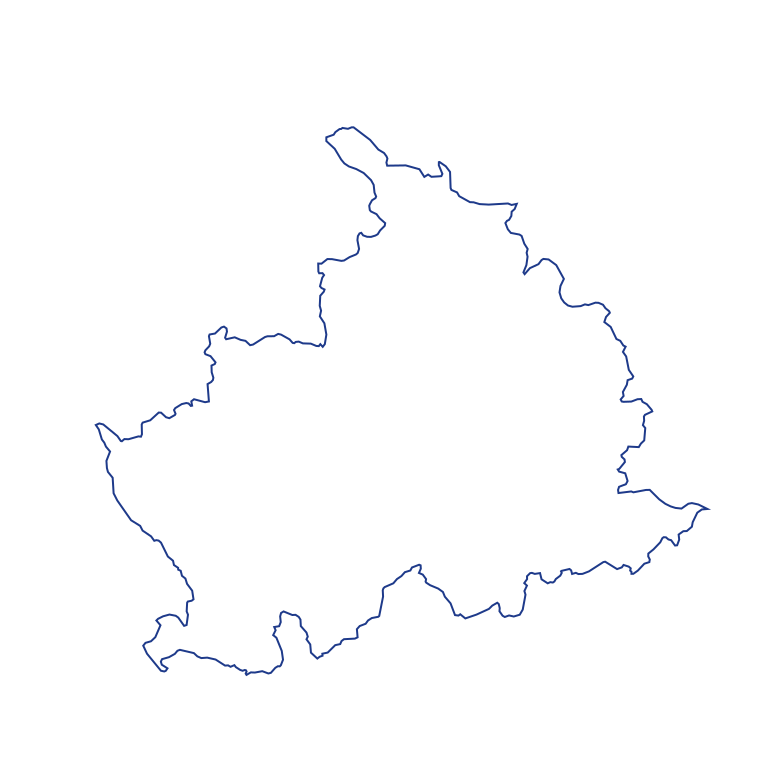 SVG path tracing the border of Shan, rotated 258°
{"feature_id": "MMR-3277", "entity_name": "Shan", "entity_type": "State", "adm_level": 1, "iso_a3": "MMR", "parent_name": "Myanmar", "parent_adm1": "", "projection": "robinson", "projection_center": [97.631, 21.717], "detail": "fine", "context": "isolated", "style": "outline", "palette": "blue", "viewbox_px": 768, "rotation_deg": 258, "n_neighbors": 0, "source": "natural_earth", "source_scale": "10m", "svg_char_len": 6151}
<svg xmlns="http://www.w3.org/2000/svg" viewBox="0 0 768 768"><g transform="rotate(258 384 384)"><path d="M521.9,543.5L518.6,540.5L518.0,538.2L516.2,536.2L509.6,537.3L505.4,539.5L502.0,547.6L500.2,549.4L492.1,550.4L486.2,552.6L482.7,550.8L478.7,550.9L470.7,548.0L464.2,543.6L462.2,544.4L467.0,550.8L469.1,560.0L472.5,563.9L473.2,565.9L471.6,570.9L464.5,577.2L449.4,581.8L443.2,577.0L437.1,574.7L430.9,575.2L426.3,577.2L422.5,580.3L420.4,584.4L419.3,592.6L420.1,597.1L418.7,600.3L419.6,607.7L418.8,610.7L416.0,614.7L412.0,616.4L408.3,619.4L406.7,619.7L403.4,615.1L398.8,612.4L392.7,617.6L379.7,620.7L377.1,624.1L371.9,626.1L370.3,628.1L365.7,624.4L360.6,626.6L346.9,626.4L339.6,629.4L337.7,627.9L337.1,623.1L332.8,621.4L326.5,616.0L322.5,615.9L319.7,612.3L317.5,612.9L316.8,614.5L315.4,622.3L316.4,628.8L315.8,632.5L312.8,633.2L309.6,636.9L303.1,640.4L301.4,640.7L299.6,632.9L298.2,631.5L293.9,630.8L289.9,628.7L286.6,630.4L274.7,626.8L272.3,622.9L269.3,620.1L272.0,610.0L268.7,608.0L265.1,601.4L263.3,601.4L260.2,603.6L257.6,603.4L252.0,596.4L251.8,594.9L249.4,595.8L246.5,601.4L238.5,602.1L235.7,599.8L234.6,592.6L231.7,590.9L228.6,590.7L227.5,603.5L226.2,605.4L225.9,618.1L225.2,621.9L214.0,629.2L208.3,634.3L204.7,638.9L202.2,643.3L200.3,649.1L203.6,656.8L203.5,660.4L200.8,666.4L194.5,674.4L195.2,668.8L193.0,663.7L184.6,657.2L180.4,655.5L177.2,649.6L177.8,646.2L175.5,640.9L170.4,640.4L165.3,637.2L165.5,635.1L171.5,632.4L172.8,629.9L175.4,627.9L176.0,625.7L175.3,624.2L171.7,621.3L166.2,613.2L163.2,607.3L160.4,606.6L157.1,607.5L154.6,606.5L154.1,601.3L148.7,593.5L146.5,588.4L146.9,586.6L148.9,587.0L150.3,586.0L152.4,587.0L154.5,585.4L157.2,580.7L155.2,578.5L154.5,573.5L164.2,563.4L164.2,561.5L158.1,545.5L157.0,538.7L157.7,534.6L159.4,532.4L159.1,528.5L162.8,528.3L164.5,527.0L164.3,518.8L164.0,518.2L162.3,518.6L159.9,516.6L157.5,511.5L155.4,509.6L154.7,507.9L155.6,505.4L155.0,502.7L160.2,497.5L166.6,497.3L166.9,492.0L168.5,489.4L168.6,487.6L166.2,483.9L163.4,483.4L160.1,479.8L157.1,481.9L152.3,478.3L148.5,478.6L134.5,472.8L130.1,468.8L129.6,462.6L131.6,458.2L131.0,453.7L132.7,451.8L137.7,449.7L140.7,450.6L144.9,450.5L146.5,449.3L144.7,443.8L142.2,439.9L139.2,426.5L137.8,414.8L142.9,410.7L142.0,408.7L143.2,405.4L155.6,403.5L163.3,399.3L168.3,398.4L172.6,394.5L177.6,387.3L180.9,384.0L182.0,383.6L184.4,384.6L189.5,382.3L191.9,378.9L195.7,381.6L199.0,382.1L199.9,380.8L198.7,373.2L196.1,371.0L195.6,365.3L192.5,361.1L190.5,356.1L187.1,351.7L185.2,342.4L184.2,340.9L182.5,339.9L176.3,338.9L158.1,331.1L157.5,330.0L157.6,323.4L156.0,319.2L153.3,316.2L152.3,309.9L149.8,306.5L141.7,305.5L141.0,302.6L142.7,291.8L141.4,289.0L138.7,287.1L138.7,282.0L133.0,273.1L133.0,267.6L131.0,267.4L130.6,264.4L129.3,261.7L136.4,256.7L144.6,257.7L150.4,255.1L152.7,256.9L157.0,256.5L164.5,252.3L170.9,253.3L173.9,252.2L176.6,249.5L177.1,246.3L182.4,238.5L181.4,235.7L178.3,234.1L172.6,233.5L168.9,231.1L169.1,226.1L165.7,226.8L161.4,223.4L158.2,226.0L144.2,228.5L135.3,227.9L130.3,224.6L129.5,223.3L130.0,221.5L129.0,218.7L125.0,213.3L124.9,210.7L128.4,205.2L128.6,197.7L129.6,193.8L128.1,189.0L129.5,188.5L131.3,189.8L132.6,189.5L133.2,188.4L132.9,186.1L134.2,183.9L137.9,180.2L140.1,179.2L139.3,175.1L141.2,173.0L141.6,170.0L149.5,162.0L153.1,154.2L153.9,148.3L156.4,144.8L160.3,142.1L166.4,129.1L166.0,126.5L163.5,123.3L161.5,116.9L161.0,109.7L158.8,108.0L155.6,108.3L150.9,113.1L148.8,110.9L148.5,109.3L149.9,106.2L169.5,96.1L178.1,94.1L180.4,96.9L180.8,102.6L183.9,107.7L194.5,115.2L200.0,112.2L201.3,114.2L202.7,119.6L203.1,126.2L200.6,132.1L198.3,134.2L189.0,138.2L189.3,140.8L199.1,144.3L202.6,143.7L211.1,146.0L212.0,146.9L212.0,150.8L213.0,152.9L221.7,153.4L229.5,149.8L235.0,149.3L238.4,146.5L243.6,146.3L245.2,144.1L247.0,144.4L250.6,140.9L255.0,140.9L260.2,136.7L275.2,132.9L277.7,131.0L278.6,128.8L278.4,126.7L283.4,124.5L290.8,117.4L295.9,116.0L303.3,108.3L325.5,98.9L333.3,96.8L348.7,99.1L355.4,95.7L359.4,95.5L366.5,96.5L374.9,102.0L380.6,99.0L384.8,98.2L388.4,96.5L398.9,95.6L403.8,93.6L404.6,97.3L402.8,101.0L388.5,112.4L383.0,114.7L382.5,115.7L384.1,118.6L383.1,122.6L383.8,132.9L383.0,135.3L385.2,136.8L394.8,138.6L396.4,139.9L397.1,147.8L402.9,157.7L402.3,160.0L396.8,163.9L395.2,166.9L397.2,173.1L398.2,173.9L402.2,173.2L403.8,174.8L406.4,182.0L406.5,186.6L405.6,188.8L402.7,190.5L402.7,191.8L407.1,191.9L408.6,195.0L403.4,205.2L403.3,209.1L420.6,211.4L421.9,215.4L423.5,217.5L425.6,218.4L431.3,217.9L437.9,219.1L438.7,222.6L440.2,223.7L447.3,220.1L450.3,215.5L452.3,215.1L454.1,216.3L457.2,220.8L459.5,222.4L467.2,222.7L468.7,223.7L468.5,229.2L473.1,236.7L473.4,239.4L471.1,241.5L467.9,241.3L462.3,238.2L460.6,238.9L460.7,247.7L457.0,252.9L455.0,257.5L449.8,261.1L449.8,264.1L454.7,277.4L454.9,280.0L453.6,286.4L455.0,290.9L453.7,293.6L447.3,300.9L443.2,303.2L442.6,304.7L443.5,306.4L443.2,309.4L440.6,313.1L438.7,320.8L435.3,325.7L434.6,328.1L436.2,330.0L433.1,331.8L435.3,334.4L444.3,337.9L455.8,338.3L463.5,335.3L468.8,337.7L473.8,337.4L483.6,340.0L486.8,344.3L488.8,345.5L490.9,342.8L492.9,341.7L500.8,345.7L503.0,348.0L505.2,346.9L505.8,343.6L507.7,343.2L515.5,344.7L514.7,347.9L518.0,354.6L516.9,359.2L513.3,367.9L513.1,370.6L515.3,376.8L516.5,383.5L517.6,385.5L521.3,387.7L530.2,387.9L534.1,389.2L536.4,391.4L536.6,393.2L533.7,394.5L531.5,398.1L530.6,401.9L531.0,406.5L531.8,409.0L535.0,412.1L538.6,417.6L541.1,418.6L547.0,414.2L551.7,412.0L555.5,407.1L557.1,406.3L561.4,406.6L563.0,407.7L566.2,410.5L567.6,414.3L569.0,415.3L573.2,414.5L580.9,415.3L586.1,413.7L594.6,408.0L600.0,401.6L604.1,394.9L608.0,391.1L612.4,388.8L624.3,384.7L633.6,378.1L637.3,378.9L638.3,386.6L640.5,388.8L642.6,393.5L642.4,395.2L643.1,396.6L641.1,401.8L641.8,405.8L641.4,407.6L625.6,421.2L614.5,427.2L609.9,432.1L606.1,433.8L603.8,434.2L600.1,432.4L596.9,432.5L593.3,450.7L586.7,463.3L578.2,466.5L579.7,470.7L576.8,473.5L575.7,480.9L575.4,483.3L577.4,484.8L586.6,483.1L589.6,483.8L589.6,484.5L584.1,489.7L577.7,492.7L561.8,489.9L559.8,490.3L556.2,495.3L552.1,496.6L544.0,505.9L543.1,509.4L540.1,514.9L537.7,523.8L534.8,542.8L532.6,546.0L532.6,551.3L528.0,548.2L526.0,544.7L521.9,543.5Z" fill="none" stroke="#1e3a8a" stroke-width="2"/></g></svg>